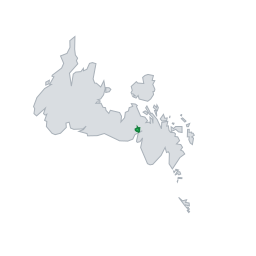 where West Lothian sits in United Kingdom, rotated 133°
{"feature_id": "GBR-2025", "entity_name": "West Lothian", "entity_type": "Unitary District", "adm_level": 1, "iso_a3": "GBR", "parent_name": "United Kingdom", "parent_adm1": "", "projection": "orthographic", "projection_center": [-3.588, 55.888], "detail": "fine", "context": "in_parent", "style": "filled", "palette": "green", "viewbox_px": 256, "rotation_deg": 133, "n_neighbors": 0, "source": "natural_earth", "source_scale": "10m", "svg_char_len": 4116}
<svg xmlns="http://www.w3.org/2000/svg" viewBox="0 0 256 256"><g transform="rotate(133 128 128)"><path d="M136.0,198.0L125.9,204.8L122.7,204.3L118.9,200.9L114.8,201.3L116.5,199.6L113.1,198.1L107.0,200.2L104.4,198.6L102.8,195.3L115.9,187.0L117.9,183.0L116.8,181.7L116.6,175.9L109.9,177.9L114.7,171.6L120.4,168.5L125.4,167.8L128.0,169.4L127.2,166.8L128.3,166.2L130.0,168.5L131.9,168.4L128.3,164.6L129.9,160.4L128.5,158.3L130.1,156.1L130.4,152.0L127.1,153.0L122.4,144.7L123.8,140.8L128.4,137.3L122.8,137.5L118.4,140.6L115.2,139.3L112.3,141.0L109.0,139.3L107.9,142.2L105.5,139.0L105.2,136.5L106.5,136.5L110.7,126.9L108.5,123.1L109.3,118.7L111.9,118.6L109.1,116.4L109.6,114.4L105.1,119.4L105.1,116.1L107.6,112.9L103.4,116.9L103.3,121.6L101.2,128.8L99.0,129.2L102.0,121.0L100.8,120.7L101.9,112.5L105.8,103.0L100.9,107.1L96.0,103.4L100.2,101.0L98.9,100.0L101.8,96.3L102.2,93.9L99.9,91.0L99.9,89.3L102.2,87.9L100.6,85.6L102.1,81.6L106.6,81.7L104.1,78.1L105.0,74.9L108.3,74.5L107.5,72.2L108.3,68.8L114.1,69.9L127.7,67.6L126.2,73.5L118.4,80.4L117.9,82.4L119.7,83.1L116.9,87.6L125.4,85.1L137.7,85.1L139.9,86.8L140.8,89.4L133.7,105.4L125.3,110.6L129.8,109.9L132.2,111.4L132.0,112.7L124.8,117.0L120.3,115.7L128.1,118.4L132.9,116.9L137.7,119.2L143.1,125.4L148.2,141.6L154.5,145.2L161.3,152.2L160.0,154.1L164.0,161.7L159.6,159.5L155.2,159.9L159.4,160.3L166.0,166.8L167.2,170.0L163.9,175.0L166.7,176.7L169.7,173.5L177.9,173.8L182.5,176.7L183.7,179.9L182.6,188.7L178.6,191.8L179.3,194.2L173.3,196.8L175.1,197.4L175.1,199.6L169.7,202.0L181.5,203.1L181.6,206.6L177.5,209.4L176.7,211.7L167.8,215.4L156.0,215.9L148.4,213.7L149.4,215.1L141.1,217.1L142.0,218.9L141.1,219.4L129.5,217.4L124.6,219.1L121.3,226.5L115.1,223.5L108.6,225.4L103.8,230.1L97.3,229.2L106.7,220.8L110.5,216.3L111.3,212.5L114.0,211.6L115.3,208.5L127.8,208.2L136.0,198.0ZM95.4,154.0L88.4,153.5L88.5,151.6L84.7,146.8L81.0,151.8L77.9,151.4L75.2,149.9L72.3,145.2L76.7,142.8L75.1,140.7L79.2,139.6L81.3,134.8L83.1,133.7L84.3,134.6L86.1,132.1L91.3,131.2L95.0,131.8L99.2,139.6L97.3,142.8L100.6,142.5L101.7,145.6L101.5,146.7L99.5,144.6L99.6,147.8L100.7,148.1L100.1,149.9L97.6,150.5L95.4,154.0ZM96.5,72.3L95.1,75.5L92.7,77.2L94.0,78.6L88.4,83.5L87.2,82.3L89.6,80.3L87.6,78.7L88.4,77.8L87.4,76.9L88.1,74.6L91.1,75.3L90.7,73.2L96.2,69.6L96.5,72.3ZM96.4,88.5L96.4,92.1L101.1,94.0L97.7,97.3L97.3,94.3L94.4,94.2L90.1,89.5L94.4,85.4L96.4,88.5ZM143.1,30.0L145.1,33.5L146.1,33.0L144.2,43.7L144.1,38.5L140.5,36.2L143.2,35.2L141.2,32.2L143.1,30.0ZM99.4,110.6L93.8,111.4L95.8,107.7L93.9,106.2L96.2,104.8L99.7,107.9L99.4,110.6ZM114.2,166.4L117.2,168.5L113.5,171.7L111.5,169.3L111.4,166.9L114.2,166.4ZM95.5,118.3L95.7,123.5L93.4,124.4L93.5,121.1L91.4,122.6L92.4,119.7L95.5,118.3ZM127.6,58.8L127.5,60.6L130.5,61.5L126.5,62.2L124.7,60.3L125.7,58.0L127.6,58.8ZM106.1,127.8L103.7,127.1L103.4,123.6L105.4,123.2L106.1,127.8ZM152.7,217.4L150.5,219.4L146.7,218.1L149.7,216.0L152.7,217.4ZM97.1,120.6L96.0,119.1L99.9,114.9L99.0,117.0L97.1,120.6ZM85.8,84.7L86.9,85.8L85.9,87.5L82.6,86.0L85.8,84.7ZM84.8,95.4L83.4,95.0L83.4,90.3L84.9,90.5L84.8,95.4ZM146.2,31.7L144.9,30.0L145.5,27.8L146.5,28.4L146.2,31.7ZM130.8,57.1L129.9,57.6L127.6,54.6L128.3,54.1L130.8,57.1ZM126.6,64.6L125.5,64.8L124.3,62.4L125.5,62.5L126.6,64.6ZM148.4,25.9L148.0,28.4L147.1,28.2L147.1,26.0L148.4,25.9ZM133.6,55.5L131.4,56.3L133.8,55.0L133.6,55.5ZM94.6,98.7L93.9,98.9L93.1,97.6L94.3,97.1L94.6,98.7ZM129.2,63.9L128.4,65.3L127.8,64.0L129.2,63.9ZM91.8,105.0L90.3,105.6L92.3,104.3L91.8,105.0ZM82.9,98.1L82.0,98.3L81.6,97.9L82.6,97.1L82.9,98.1Z" fill="#d9dde1" stroke="#a8b0b8" stroke-width="1"/><path d="M123.3,117.4L123.9,117.6L123.9,118.1L123.9,118.5L123.9,119.1L124.0,119.3L124.3,119.4L124.5,119.6L124.5,120.6L124.5,121.0L124.2,121.2L124.1,121.4L124.0,121.7L123.8,121.9L123.1,121.6L122.7,121.5L122.4,121.3L122.2,121.2L121.4,121.4L121.1,121.5L120.9,121.7L121.0,121.2L120.8,120.2L121.1,120.0L121.2,119.8L120.9,119.7L120.2,119.9L120.0,119.6L120.4,119.4L121.0,118.8L121.6,118.6L121.6,118.4L121.9,118.2L122.3,117.7L122.5,117.6L122.6,117.8L122.9,117.8L123.2,117.5L123.3,117.4Z" fill="#22c55e" stroke="#15803d" stroke-width="1.5"/></g></svg>